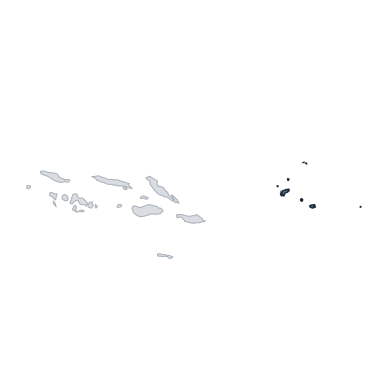 where Temotu sits in Solomon Islands, rotated 342°
{"feature_id": "SLB-1934", "entity_name": "Temotu", "entity_type": "Province", "adm_level": 1, "iso_a3": "SLB", "parent_name": "Solomon Islands", "parent_adm1": "", "projection": "orthographic", "projection_center": [166.516, -11.046], "detail": "fine", "context": "in_parent", "style": "filled", "palette": "slate", "viewbox_px": 384, "rotation_deg": 342, "n_neighbors": 0, "source": "natural_earth", "source_scale": "10m", "svg_char_len": 5469}
<svg xmlns="http://www.w3.org/2000/svg" viewBox="0 0 384 384"><g transform="rotate(342 192 192)"><path d="M133.1,187.4L138.4,191.1L140.6,190.7L147.4,190.7L151.5,193.3L153.9,194.6L155.3,197.0L156.9,197.5L158.0,198.8L158.6,201.1L156.1,202.4L154.6,202.7L150.6,202.0L146.8,200.3L139.3,200.3L135.8,199.8L134.6,199.2L133.4,198.3L131.6,196.2L130.2,193.7L129.9,192.2L129.8,189.4L130.2,188.4L131.6,187.3L133.1,187.4ZM156.4,163.8L162.4,170.9L162.1,172.1L161.3,173.0L161.2,175.4L161.9,176.3L163.5,176.7L166.3,179.2L167.5,183.3L168.7,184.7L168.8,187.7L171.4,191.9L171.7,193.9L171.5,194.8L170.4,194.3L167.2,189.6L163.6,187.6L163.2,186.7L159.6,184.0L157.1,179.4L154.4,171.2L155.6,169.2L152.6,165.3L152.7,164.2L154.8,164.4L155.2,163.9L156.4,163.8ZM135.1,167.9L135.9,170.1L132.6,168.2L130.2,165.8L123.3,163.2L121.8,161.9L120.5,161.8L117.0,159.6L113.5,158.2L110.8,155.5L109.5,155.1L107.3,153.0L105.1,151.6L104.3,149.1L102.3,147.3L101.7,146.6L108.3,147.8L111.4,150.6L114.0,152.1L115.0,153.3L117.3,154.8L119.4,154.9L121.6,156.4L123.5,156.8L125.0,157.6L134.9,164.6L133.7,166.5L135.1,167.9ZM180.0,213.3L183.0,214.7L184.7,214.5L187.3,215.4L189.2,214.8L190.4,216.0L193.6,220.9L193.6,222.5L195.7,223.6L194.0,223.9L191.6,223.3L189.8,223.7L187.8,222.8L184.6,222.4L181.8,221.3L175.9,217.7L175.9,215.9L174.9,215.1L174.6,212.8L172.5,212.1L170.0,212.0L169.8,211.0L170.2,209.1L172.0,209.1L174.3,209.8L180.0,213.3ZM78.7,142.1L79.5,142.9L77.7,144.4L75.2,143.7L74.6,142.5L73.0,142.8L69.6,142.2L64.9,138.9L59.8,132.6L55.0,129.1L54.1,128.1L54.0,126.2L54.6,125.5L57.5,126.2L61.4,129.0L67.7,131.9L69.4,133.4L70.6,137.1L71.7,138.2L75.1,141.0L78.7,142.1ZM85.7,163.8L87.2,165.7L89.0,170.1L88.7,171.6L87.5,171.7L87.2,172.7L85.5,170.6L83.3,170.1L81.7,168.8L80.9,164.6L79.6,164.4L76.0,164.9L74.9,166.3L73.2,165.9L72.8,164.7L73.1,163.5L75.2,162.2L75.6,160.6L77.8,157.8L79.1,157.3L81.7,158.2L82.1,162.0L83.0,163.3L85.7,163.8ZM153.8,247.8L152.1,248.7L150.6,248.3L149.5,247.7L148.5,245.9L146.5,244.7L143.7,244.3L142.2,243.2L140.2,242.8L139.6,241.9L139.8,240.8L140.1,240.3L141.9,240.7L150.7,245.4L153.8,247.8ZM60.2,156.9L59.7,157.3L58.9,156.0L58.3,155.6L58.3,154.2L55.9,151.9L55.7,150.3L57.0,148.6L58.9,149.5L60.8,151.4L62.9,152.0L62.5,153.3L60.6,155.8L60.2,156.9ZM72.1,160.4L71.2,161.4L68.6,161.3L66.6,158.9L66.6,157.1L68.1,155.3L69.9,155.0L70.9,155.6L71.9,157.0L72.3,158.8L72.1,160.4ZM94.0,174.2L91.8,176.2L90.1,175.6L88.6,174.0L89.3,171.5L90.6,170.9L91.4,170.0L93.9,170.7L94.5,171.1L93.1,172.4L93.9,173.3L94.0,174.2ZM284.6,221.4L280.7,221.9L279.2,223.6L277.2,223.5L276.5,222.0L276.5,221.3L277.6,221.4L278.1,220.1L279.3,219.4L282.0,219.0L285.3,219.8L284.5,221.1L284.6,221.4ZM175.7,195.1L175.9,198.5L174.1,196.7L173.3,197.3L172.5,196.5L172.6,192.4L171.3,188.6L172.3,188.9L175.7,195.1ZM77.1,175.4L77.1,175.8L75.8,175.1L72.9,172.0L73.4,170.9L75.9,168.7L76.7,168.4L77.5,169.7L76.9,171.6L76.1,172.1L75.8,173.9L77.1,175.4ZM142.8,180.5L144.9,180.7L148.6,183.9L147.7,184.9L146.0,184.4L145.5,184.6L144.9,183.5L143.0,182.6L141.4,182.6L141.2,181.5L142.8,180.5ZM119.8,184.1L117.0,183.8L116.1,183.0L117.1,181.8L118.3,181.0L119.4,181.7L120.6,181.8L120.8,183.4L119.8,184.1ZM39.8,137.7L37.4,138.4L36.0,137.7L36.6,135.8L37.3,134.8L40.3,136.4L39.8,137.7ZM131.3,169.0L130.1,169.4L128.5,168.5L127.7,167.7L128.0,166.5L129.0,166.0L130.1,166.8L130.3,167.6L131.3,169.0ZM303.4,243.2L301.3,243.6L300.5,243.5L299.1,241.4L300.1,241.0L301.7,241.2L302.1,242.4L303.4,243.2ZM83.2,176.3L83.2,177.2L81.8,176.9L78.8,175.8L78.6,175.2L80.3,174.9L81.6,175.0L83.2,176.3ZM58.5,161.1L58.1,163.6L56.8,160.6L57.0,158.2L57.4,157.9L58.5,161.1ZM97.5,176.8L95.8,177.6L95.2,176.6L96.4,174.0L97.5,176.8Z" fill="#d9dde1" stroke="#a8b0b8" stroke-width="1"/><path d="M284.9,219.8L284.7,220.1L284.6,220.6L283.7,220.9L283.4,221.2L283.0,221.4L282.7,221.6L282.3,221.6L282.1,221.6L281.5,221.4L281.2,221.6L280.7,221.7L279.9,221.8L278.9,223.0L278.2,224.0L277.9,223.7L277.9,223.1L277.7,222.7L277.4,222.7L276.7,223.3L276.0,223.3L275.7,222.7L275.6,221.7L275.6,221.2L276.0,220.9L276.3,220.6L276.5,220.2L276.6,221.0L277.0,221.4L277.2,221.5L277.3,221.2L277.4,220.8L277.4,220.2L277.8,219.6L278.5,218.9L279.6,218.9L281.3,219.0L282.1,218.7L282.9,218.9L283.3,219.1L283.4,219.3L284.2,219.2L284.8,219.2L284.9,219.8ZM303.3,242.7L303.3,243.0L303.3,243.5L304.6,243.4L304.7,244.3L302.9,244.4L302.4,244.5L302.0,244.5L301.4,244.4L301.0,243.9L300.7,243.6L300.4,243.5L300.3,243.3L299.9,242.8L299.6,242.5L299.6,242.1L299.8,241.8L300.0,241.7L300.5,241.5L300.9,241.5L301.5,241.5L302.0,241.4L302.6,241.5L303.6,241.9L303.3,242.7ZM294.6,234.0L294.1,234.6L293.9,234.6L293.7,234.7L293.3,234.5L293.3,234.4L293.3,234.2L293.5,233.8L293.5,233.5L293.2,233.7L292.9,233.9L292.8,233.7L292.8,233.2L293.1,232.7L293.6,232.3L293.9,232.2L294.2,232.4L294.6,232.7L294.8,233.0L294.8,233.5L294.6,234.0ZM287.4,209.5L287.8,209.5L288.1,209.7L287.8,210.1L287.4,210.6L287.0,210.6L287.0,210.2L287.1,209.9L286.9,209.9L287.0,209.3L287.1,208.7L287.1,208.3L287.2,209.6L287.3,209.5L287.4,209.5ZM304.7,242.0L304.6,242.6L304.2,242.9L303.8,243.0L303.6,242.7L303.8,242.3L304.1,242.0L304.5,241.9L304.7,242.0ZM275.4,213.3L275.2,213.4L274.9,213.1L274.9,212.8L274.9,212.6L275.1,212.5L275.4,212.6L275.6,212.9L275.6,213.2L275.4,213.3ZM309.3,200.4L309.1,199.9L309.2,199.7L309.4,199.7L309.7,200.1L309.8,200.4L309.7,200.6L309.3,200.4ZM347.7,257.9L348.0,258.0L348.0,258.3L347.9,258.4L347.5,258.5L347.4,258.3L347.6,258.1L347.7,257.9ZM307.3,198.4L307.6,198.3L307.6,198.5L307.3,198.4Z" fill="#64748b" stroke="#1e293b" stroke-width="1.5"/></g></svg>